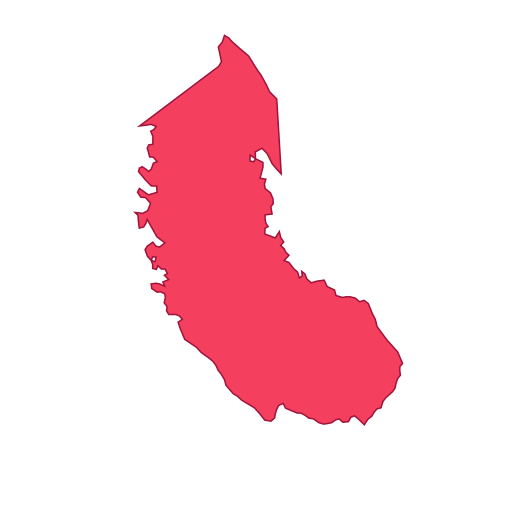 outline of Marmeleiro, Paraná, Brazil, rotated 326°
{"feature_id": "56859067B94130308653150", "entity_name": "Marmeleiro", "entity_type": "district", "adm_level": 2, "iso_a3": "BRA", "parent_name": "Brazil", "parent_adm1": "Paraná", "projection": "equal_earth", "projection_center": [-53.099, -26.246], "detail": "fine", "context": "isolated", "style": "filled", "palette": "rose", "viewbox_px": 512, "rotation_deg": 326, "n_neighbors": 0, "source": "geoboundaries", "source_scale": "gbopen_adm2", "svg_char_len": 2967}
<svg xmlns="http://www.w3.org/2000/svg" viewBox="0 0 512 512"><g transform="rotate(326 256 256)"><path d="M166.7,201.1L165.5,205.4L163.4,208.6L165.9,211.4L169.2,209.1L170.3,213.9L173.3,216.0L172.7,221.1L169.3,220.7L170.4,226.7L164.3,225.5L163.4,230.0L160.6,225.5L157.9,222.7L153.5,220.5L151.4,224.6L153.7,230.6L156.9,232.4L159.2,236.2L157.7,239.7L153.7,243.5L154.0,248.3L151.1,251.5L151.0,255.8L156.9,259.7L159.0,263.0L159.5,267.3L154.4,267.3L152.5,274.2L150.3,285.2L155.6,298.5L156.6,305.3L159.5,313.1L161.4,319.3L161.6,324.7L160.7,329.4L161.1,334.2L160.7,340.9L158.8,346.5L160.2,357.7L162.2,361.8L163.4,367.2L169.8,381.0L170.8,387.9L171.5,397.0L176.1,401.3L180.8,400.7L183.9,397.6L186.9,395.0L191.2,392.6L196.1,393.4L195.4,398.7L199.2,404.5L202.3,409.2L205.3,411.2L207.6,415.5L209.2,420.1L212.5,423.0L214.8,429.2L218.1,433.2L221.6,434.9L225.5,436.5L230.5,436.4L233.8,437.5L235.1,442.5L240.0,445.0L244.5,442.7L248.3,443.6L249.8,448.5L251.4,456.5L257.2,454.0L262.6,453.5L266.7,451.5L270.9,450.4L274.8,451.8L277.3,449.6L280.3,447.4L284.5,446.1L288.7,445.5L293.2,444.9L297.2,443.4L300.7,440.1L304.7,436.9L309.0,435.6L311.3,431.1L313.5,428.1L317.4,427.1L319.8,414.7L317.6,398.9L316.9,382.3L319.5,375.2L320.3,368.5L321.2,364.2L322.5,358.3L320.8,353.2L316.3,351.8L314.8,346.5L311.4,342.6L307.7,340.1L304.5,338.7L300.2,333.5L302.1,328.1L297.9,321.1L299.0,314.1L292.4,310.9L286.8,309.1L285.3,303.5L286.5,298.1L285.3,294.3L283.2,298.4L279.7,298.4L281.5,292.6L280.2,287.8L279.7,279.8L276.8,275.5L283.8,273.8L282.8,269.7L283.4,265.7L282.3,261.0L286.8,259.9L286.8,254.6L289.0,248.8L282.1,251.8L275.6,242.7L279.0,238.0L282.4,238.4L282.6,234.1L284.5,229.9L286.6,227.0L292.8,230.2L295.8,223.5L299.6,222.2L302.1,217.9L303.3,211.7L301.3,205.1L303.2,201.1L307.1,197.8L302.9,193.8L311.5,186.2L314.1,182.3L310.0,175.1L313.6,169.3L317.8,169.7L321.2,170.1L322.5,177.3L321.0,188.5L321.8,196.1L322.8,202.1L341.0,171.3L361.0,137.4L359.1,127.4L360.3,120.1L361.3,109.1L361.1,102.6L361.4,94.1L361.7,86.0L358.0,72.8L355.9,64.4L355.4,60.2L353.2,55.5L347.8,59.7L341.7,61.6L339.3,67.6L337.4,72.2L336.0,75.6L330.8,78.0L325.1,78.2L322.0,78.4L316.4,78.7L310.0,79.0L301.3,79.5L287.4,80.2L279.8,80.6L255.8,81.9L232.1,83.1L242.7,88.3L245.7,92.7L241.8,94.1L238.5,93.7L237.4,99.2L232.9,105.7L229.3,103.9L226.1,105.8L225.0,109.5L223.2,114.4L226.1,116.6L226.8,122.5L222.9,121.6L217.9,125.3L214.3,126.0L213.2,122.2L211.6,118.3L208.4,118.0L205.8,120.3L206.8,130.4L208.3,139.2L212.7,142.5L209.5,147.9L201.0,145.1L197.1,134.8L193.4,136.9L193.4,142.8L197.1,145.8L198.0,153.4L191.6,157.8L186.1,157.4L180.1,152.3L180.9,156.2L177.9,161.5L174.8,167.6L179.2,169.1L183.1,167.3L186.2,164.8L184.6,184.6L186.0,189.0L187.9,194.1L183.8,194.5L180.8,194.6L178.5,191.7L178.2,186.8L174.6,187.0L171.4,187.0L167.5,188.8L165.8,195.7L166.7,201.1ZM310.0,175.1L306.7,176.6L304.1,173.8L307.6,169.1L310.0,175.1ZM166.7,201.1L169.8,198.9L172.6,201.1L169.2,204.3L166.7,201.1Z" fill="#f43f5e" stroke="#9f1239" stroke-width="1.5"/></g></svg>